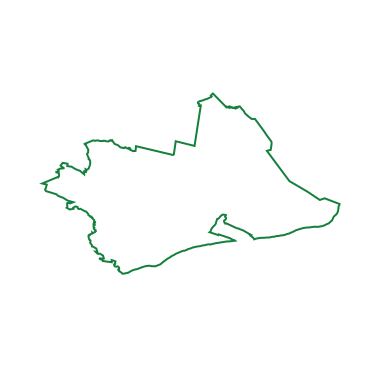 the district of Sakas pag., Pavilostas, Latvia, rotated 199°
{"feature_id": "27541924B80625088425649", "entity_name": "Sakas pag.", "entity_type": "district", "adm_level": 2, "iso_a3": "LVA", "parent_name": "Latvia", "parent_adm1": "Pavilostas", "projection": "natural_earth1", "projection_center": [21.246, 56.856], "detail": "fine", "context": "isolated", "style": "outline", "palette": "green", "viewbox_px": 384, "rotation_deg": 199, "n_neighbors": 0, "source": "geoboundaries", "source_scale": "gbopen_adm2", "svg_char_len": 6003}
<svg xmlns="http://www.w3.org/2000/svg" viewBox="0 0 384 384"><g transform="rotate(199 192 192)"><path d="M336.3,151.3L331.7,151.7L331.5,148.3L331.7,146.4L330.3,145.3L320.1,145.7L319.0,145.6L317.9,144.9L315.2,144.6L312.1,144.6L306.8,143.4L301.0,143.7L303.5,141.6L305.6,141.3L306.1,141.1L306.4,140.8L306.3,140.3L305.9,139.5L305.1,137.4L305.1,136.9L305.4,136.3L301.8,135.7L298.5,137.6L299.2,138.5L297.7,140.3L295.4,140.6L294.9,139.8L294.6,139.3L293.2,139.1L292.1,139.8L288.1,139.1L286.0,139.0L284.6,138.5L284.3,138.2L282.6,137.2L282.4,136.4L282.2,136.3L280.1,135.9L279.5,135.8L279.1,135.9L279.1,135.7L279.3,135.4L278.8,135.3L278.4,135.1L277.8,135.1L277.8,134.8L277.3,134.6L277.1,134.3L275.3,133.6L275.2,132.7L275.0,132.4L273.9,132.1L273.7,131.7L274.6,131.0L274.0,130.3L273.4,129.5L274.4,129.3L274.0,128.7L274.3,128.4L273.9,127.6L273.7,127.4L273.6,126.9L272.7,126.5L272.7,126.4L273.1,126.0L273.0,125.5L272.3,125.0L271.9,124.9L271.6,124.4L270.7,124.5L270.2,123.7L270.5,123.3L270.5,122.8L272.1,121.1L272.6,120.9L273.1,121.1L272.7,120.3L272.8,120.2L273.3,120.1L274.0,119.3L274.4,119.0L274.6,118.7L274.9,118.5L275.1,118.3L275.2,118.0L275.1,117.9L275.4,117.8L275.5,117.6L275.3,117.1L275.6,116.8L274.3,114.3L273.1,113.2L272.6,113.3L272.2,113.1L271.9,112.3L271.9,111.0L269.3,109.0L268.9,108.0L268.1,108.1L264.1,107.4L261.9,104.4L263.7,104.1L262.2,103.3L260.8,102.9L258.8,103.7L255.4,102.9L253.7,100.4L254.9,99.6L255.8,99.7L257.5,99.2L257.5,98.8L257.1,98.6L254.7,98.6L254.1,98.3L253.8,97.7L245.0,99.5L245.8,101.5L241.8,101.5L241.7,99.6L241.4,99.3L241.9,98.5L241.6,98.3L241.9,97.9L241.4,97.0L240.7,96.6L240.1,96.5L237.7,97.5L236.9,97.1L236.2,96.6L236.1,96.4L236.3,95.8L236.2,95.0L236.5,94.5L236.3,94.4L235.6,94.7L235.2,93.4L234.3,93.2L234.1,93.3L233.5,93.1L230.9,92.1L229.0,93.1L226.5,94.7L226.1,94.8L224.0,97.3L222.6,98.7L220.7,100.1L218.7,101.3L216.9,102.8L216.6,103.1L212.6,106.2L210.3,107.5L208.7,108.3L207.7,108.5L206.1,108.7L202.8,109.7L202.1,110.1L198.3,113.4L197.0,115.7L193.5,120.9L192.0,122.5L190.0,125.2L188.6,126.5L187.1,128.4L182.5,132.5L180.9,133.7L180.1,134.0L179.1,134.7L177.1,136.7L175.0,138.2L172.9,140.0L172.3,140.3L170.7,141.4L166.5,143.6L164.6,144.9L162.2,146.1L160.4,147.4L159.0,148.0L157.6,148.3L157.1,148.6L155.7,149.6L152.0,151.8L149.2,153.2L148.6,153.6L143.7,156.2L140.5,157.6L139.8,157.7L138.6,158.5L135.4,160.0L135.9,160.2L137.4,160.0L141.3,160.7L153.0,160.6L153.0,159.8L162.3,159.7L161.8,160.5L161.6,161.1L161.6,163.1L161.2,164.8L160.7,166.2L159.6,168.3L159.3,169.2L159.2,170.0L159.4,171.7L159.4,174.7L158.5,175.3L158.1,175.9L156.5,179.7L155.7,180.5L154.1,181.1L152.4,181.2L152.5,180.3L152.8,179.6L152.6,179.3L151.5,178.7L151.2,178.0L151.3,177.1L151.4,176.7L152.3,175.6L152.2,174.8L151.9,174.2L150.2,172.9L149.1,173.4L149.1,173.5L148.8,173.5L137.8,172.3L137.2,172.5L135.9,172.6L135.2,172.4L131.5,172.4L122.5,170.7L123.2,170.2L122.1,169.6L119.9,169.0L118.4,168.1L117.8,167.5L117.3,168.0L115.9,169.0L113.7,170.2L111.5,171.3L109.6,171.9L106.9,173.1L103.6,174.4L101.8,175.6L99.3,176.7L98.0,177.7L95.5,178.8L94.1,179.7L91.0,181.2L90.1,181.8L88.9,182.9L87.9,183.6L86.4,184.5L85.6,185.5L84.2,186.6L81.1,189.8L80.0,190.6L79.0,191.4L74.8,194.3L71.6,195.9L69.1,196.9L66.9,198.1L64.4,199.2L61.4,200.1L58.0,202.0L56.1,203.4L54.8,204.8L52.5,206.9L52.1,207.5L50.9,209.9L50.5,210.3L50.3,211.0L50.0,214.4L49.5,215.8L48.8,216.8L48.0,218.5L47.8,219.5L47.8,220.7L47.7,221.1L48.2,224.3L48.7,225.9L48.4,227.6L48.6,228.1L48.6,228.7L64.6,229.2L68.5,226.1L83.0,229.9L103.4,234.0L134.6,255.3L131.3,257.5L132.1,261.8L132.4,263.3L133.2,265.4L139.7,269.9L144.8,273.7L156.3,281.6L159.4,280.5L163.0,281.7L167.5,283.6L169.6,285.6L171.0,286.2L174.6,288.4L174.7,288.2L175.6,288.0L175.9,287.8L176.3,287.7L176.5,287.1L176.9,287.0L176.8,286.9L177.2,286.8L177.0,286.3L177.5,285.9L177.7,286.1L177.8,285.9L177.5,285.6L178.0,285.4L178.3,285.6L178.3,285.3L178.9,285.5L178.9,285.4L179.7,285.3L179.8,285.1L179.8,284.9L180.2,284.9L180.2,285.1L180.4,285.1L180.7,285.0L180.6,284.9L180.8,284.8L181.0,285.0L181.2,284.9L181.5,285.1L181.9,284.8L182.1,284.9L182.3,284.8L182.3,284.7L182.2,284.7L182.4,284.6L182.5,284.8L182.4,285.0L182.5,285.1L183.1,285.1L182.9,284.9L183.3,284.7L183.6,284.7L184.0,284.5L183.7,284.4L184.1,284.2L184.5,284.3L184.4,284.1L184.7,284.0L184.6,283.8L185.6,283.8L185.7,283.7L186.5,283.7L186.5,283.8L186.8,283.9L186.8,283.6L187.0,283.5L186.6,283.3L186.9,283.2L204.2,291.9L204.4,291.9L205.6,289.4L204.5,288.6L205.0,288.0L205.0,287.9L208.1,284.9L210.1,283.5L211.0,282.6L214.5,280.2L215.6,278.8L215.1,277.7L214.0,277.6L213.1,277.1L212.8,276.6L213.5,275.9L213.5,275.7L213.1,275.7L211.8,276.5L208.3,256.9L204.6,236.4L223.9,234.7L221.3,220.9L221.2,220.9L259.8,217.1L258.8,212.4L261.2,211.4L261.5,211.6L264.0,211.7L264.3,212.6L264.6,213.0L266.0,213.3L266.1,213.2L265.7,212.5L265.8,212.2L266.5,212.3L267.9,212.1L268.4,212.4L269.5,212.6L270.3,212.1L270.3,211.6L270.5,211.4L274.0,210.9L274.8,211.1L276.0,211.7L277.4,212.1L278.4,212.3L279.5,212.1L281.1,212.4L282.6,213.6L283.4,213.9L284.0,214.6L284.1,214.3L284.4,214.2L284.9,214.3L285.4,214.7L285.9,214.5L286.3,213.8L286.9,213.6L287.0,213.0L288.0,212.4L290.0,212.0L291.4,212.0L292.4,211.7L292.7,211.2L295.0,210.4L296.2,210.2L297.7,210.2L301.0,208.6L301.8,208.8L302.8,208.2L308.0,203.6L307.9,203.2L309.2,202.6L308.9,202.1L308.1,202.1L307.1,201.3L306.0,200.2L303.9,198.3L303.1,195.6L303.1,195.3L303.7,194.1L303.3,193.2L300.4,190.1L300.5,189.5L300.2,189.3L300.0,189.5L299.7,189.4L299.1,189.0L298.3,188.1L298.1,187.4L297.5,185.7L297.3,184.5L297.3,181.0L297.4,180.3L298.6,178.7L300.0,178.9L299.0,177.3L299.6,177.1L299.1,176.4L300.7,176.2L299.7,173.6L304.7,175.5L309.7,175.7L314.1,176.7L318.4,175.9L318.8,178.2L323.7,177.5L324.9,174.3L324.8,174.1L322.6,173.3L321.2,173.0L321.1,172.7L322.3,172.0L323.6,171.5L324.9,170.8L325.1,170.3L326.1,169.3L325.0,168.7L324.5,167.4L325.5,167.7L325.8,167.4L325.9,167.0L326.8,166.8L326.6,166.4L324.3,166.6L323.1,164.6L322.9,163.4L323.8,162.6L323.6,162.2L324.1,162.1L326.8,159.8L336.3,151.3Z" fill="none" stroke="#15803d" stroke-width="2"/></g></svg>